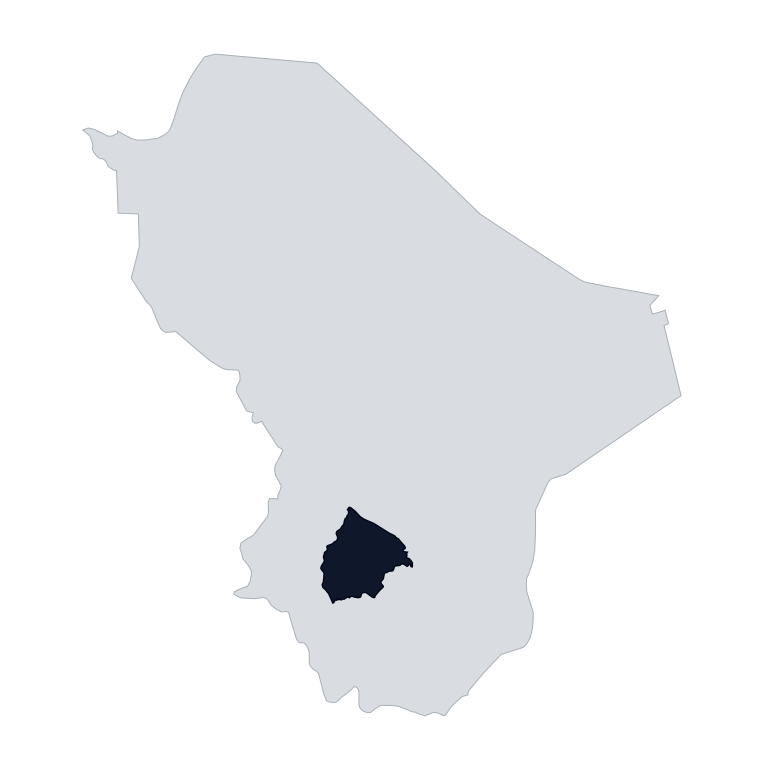 Iraq, with At-Ta'mim highlighted, rotated 179°
{"feature_id": "IRQ-3049", "entity_name": "At-Ta'mim", "entity_type": "Province", "adm_level": 1, "iso_a3": "IRQ", "parent_name": "Iraq", "parent_adm1": "", "projection": "equal_earth", "projection_center": [44.125, 35.305], "detail": "fine", "context": "in_parent", "style": "filled", "palette": "ink", "viewbox_px": 768, "rotation_deg": 179, "n_neighbors": 0, "source": "natural_earth", "source_scale": "10m", "svg_char_len": 6137}
<svg xmlns="http://www.w3.org/2000/svg" viewBox="0 0 768 768"><g transform="rotate(179 384 384)"><path d="M305.5,71.7L311.2,70.2L321.9,60.8L328.2,52.0L330.2,51.2L335.7,54.1L339.7,54.9L348.9,51.6L354.4,53.3L359.0,55.5L361.5,55.7L373.9,61.1L376.9,61.8L383.3,62.5L392.8,62.8L398.9,59.2L403.2,55.8L406.3,55.8L409.2,56.7L411.7,58.1L413.8,60.7L414.7,64.4L414.4,76.2L415.3,79.3L417.0,81.5L419.1,81.9L421.7,79.4L426.2,75.6L431.7,71.6L435.9,67.9L438.2,66.5L442.0,66.7L445.6,67.3L447.6,69.1L447.6,69.7L449.6,75.2L454.6,95.9L457.3,98.5L460.5,100.7L462.8,103.8L463.7,106.9L463.4,111.7L463.5,117.3L464.9,121.6L466.7,124.8L468.4,126.5L470.9,126.6L474.0,127.4L476.0,130.6L482.7,154.3L483.3,157.4L486.1,158.4L490.6,157.9L495.2,160.4L500.2,164.2L504.9,171.5L508.1,172.6L517.9,171.6L531.4,172.7L537.7,176.5L537.1,178.8L532.2,181.3L523.7,184.4L521.2,189.5L519.9,196.1L520.1,199.8L522.3,204.0L528.4,212.1L528.8,215.1L529.9,219.2L531.0,222.0L529.8,227.5L524.3,231.2L517.1,235.3L502.8,253.5L501.7,257.5L501.9,268.3L500.4,271.4L495.8,271.3L492.2,270.8L492.1,274.5L489.8,279.6L488.5,284.0L493.9,294.4L494.9,299.9L494.1,304.9L489.2,313.5L486.3,319.4L487.0,320.7L490.9,323.0L503.0,342.1L507.0,348.8L512.0,347.0L513.9,347.1L515.5,348.2L516.4,350.5L516.4,353.3L515.1,357.6L521.7,359.4L524.0,363.7L531.7,378.7L531.5,383.1L527.9,390.1L527.9,394.8L528.7,399.0L529.9,400.5L541.1,401.1L545.9,402.8L557.6,410.4L571.0,422.1L581.9,431.8L591.3,440.0L601.2,439.4L603.9,440.9L606.5,443.4L609.4,450.2L615.3,465.4L620.1,470.5L627.8,482.7L634.9,494.2L630.5,509.8L626.2,526.1L626.5,547.1L626.6,558.4L636.2,558.9L646.8,559.4L647.1,572.9L647.4,586.5L647.7,602.1L650.8,602.7L655.8,606.1L658.0,611.1L660.7,613.9L664.0,614.3L667.2,616.8L670.4,621.3L671.6,624.7L670.8,627.0L671.5,631.1L673.8,637.0L676.6,639.8L680.8,643.2L675.2,645.1L669.0,643.6L655.9,636.7L651.7,636.6L646.2,639.2L646.0,641.5L632.1,633.8L627.1,632.3L625.3,632.1L617.4,632.2L606.2,633.6L599.6,636.7L595.1,640.0L593.0,643.2L592.3,645.0L588.8,654.6L584.8,666.8L580.6,677.9L572.3,693.5L567.7,700.7L557.9,714.1L547.1,716.8L522.1,714.1L494.3,711.2L466.7,708.3L446.2,706.1L444.6,705.4L424.3,686.3L408.3,671.2L388.3,652.4L367.9,633.2L347.3,613.8L332.3,599.7L314.2,581.6L297.8,565.1L284.8,552.1L268.2,540.7L255.2,531.8L236.3,518.9L221.2,508.6L208.2,499.8L188.4,486.2L181.8,482.5L161.1,478.0L141.5,474.2L121.3,470.2L107.8,467.5L116.9,457.9L114.3,449.3L107.7,450.9L101.7,452.9L98.4,439.5L103.0,437.8L99.1,420.3L95.0,402.3L91.2,385.0L87.2,367.2L104.5,355.9L117.4,347.4L135.5,335.5L152.8,324.1L169.3,313.3L187.5,301.3L203.7,290.6L218.5,286.3L221.7,282.9L228.6,268.3L234.5,255.9L234.8,253.0L235.0,235.4L236.2,214.8L238.3,203.7L241.7,194.0L244.8,186.9L245.2,180.3L244.8,173.6L241.8,163.4L238.7,152.8L239.2,142.6L239.9,137.2L242.0,128.5L245.5,122.1L249.3,118.2L263.2,114.1L271.4,111.7L282.5,100.5L289.1,93.8L298.2,83.3L304.9,75.5L305.5,72.8L305.5,71.7Z" fill="#d9dde1" stroke="#a8b0b8" stroke-width="1"/><path d="M439.7,167.6L443.0,175.4L444.5,177.2L445.9,179.2L448.7,181.8L449.1,183.4L449.2,184.7L448.2,186.6L448.0,187.5L447.8,189.5L447.6,190.4L447.4,193.2L447.2,195.5L447.4,196.3L447.8,197.1L449.0,198.6L450.2,200.3L450.3,201.2L450.0,202.3L449.4,203.7L447.2,206.9L446.7,208.4L446.9,209.6L447.3,210.9L447.5,212.1L447.3,213.3L446.6,215.0L446.5,216.1L446.3,216.5L446.1,216.9L445.7,217.0L445.1,217.4L444.4,217.9L443.8,218.9L443.5,219.6L443.5,220.3L443.6,220.9L444.0,222.0L443.9,222.6L443.2,223.3L438.6,224.9L435.9,227.3L435.2,227.4L434.8,227.6L434.4,227.9L433.8,228.6L433.3,229.5L433.0,230.9L433.1,232.0L434.3,235.1L434.2,236.3L433.7,237.3L432.0,238.6L431.1,239.1L430.4,239.6L429.9,240.1L428.6,242.2L427.3,243.6L426.4,245.1L426.3,245.8L426.3,246.0L426.3,246.3L426.3,246.6L426.1,247.0L425.9,247.6L425.8,247.8L425.9,248.2L425.8,248.5L425.5,248.9L425.5,249.1L425.4,249.3L425.4,249.6L425.1,249.9L424.5,250.3L423.5,251.8L423.3,252.5L423.1,253.0L422.8,253.5L422.0,254.2L421.8,254.5L421.8,254.8L421.8,255.6L421.7,256.0L421.5,256.9L421.6,257.2L421.8,257.7L421.8,257.9L421.7,258.3L421.7,258.5L421.9,258.6L422.1,258.7L422.7,258.8L422.7,259.0L422.5,259.4L421.1,261.2L420.2,261.2L419.6,261.0L415.0,257.2L410.1,251.7L406.4,249.2L401.3,246.8L397.2,245.0L393.2,242.5L381.3,234.7L376.7,232.4L375.3,231.4L374.8,230.4L373.7,229.6L372.1,228.8L371.3,227.5L367.4,222.9L367.0,222.5L366.4,221.7L365.8,220.7L365.6,220.0L365.9,219.1L366.5,218.7L367.2,218.5L367.7,218.1L367.9,216.6L366.7,215.9L363.6,215.4L364.0,214.8L364.2,214.4L364.4,213.2L364.3,212.9L364.1,212.6L364.0,212.3L364.2,211.8L364.4,211.6L364.6,211.6L364.8,211.5L364.8,211.3L364.5,210.3L363.6,209.6L362.0,208.9L361.3,208.3L359.8,206.4L359.5,205.8L359.4,205.6L359.1,205.4L358.8,205.0L358.7,204.3L358.8,203.5L358.9,203.0L359.0,202.6L358.7,201.8L359.1,200.6L360.0,201.0L360.4,201.4L360.4,201.7L360.5,201.9L360.7,202.4L360.8,202.7L360.8,203.1L361.1,203.6L361.5,203.8L362.0,203.7L363.0,202.0L364.1,201.3L366.8,203.2L367.4,203.5L368.6,203.8L369.2,203.9L369.8,203.7L371.0,202.6L372.0,202.3L374.5,202.1L375.7,201.9L376.6,201.4L377.1,200.4L377.8,198.1L378.4,197.3L379.2,196.9L380.6,196.9L382.5,196.7L384.5,195.5L385.7,195.4L386.4,195.1L387.0,194.2L387.6,191.9L387.9,189.9L388.3,189.0L389.3,187.8L390.0,187.0L390.5,186.3L390.6,185.4L390.3,184.7L390.0,184.0L388.7,182.4L388.3,182.0L388.2,181.5L388.6,180.8L392.2,177.5L396.5,172.5L397.1,170.7L398.1,170.6L399.4,171.1L405.7,175.9L407.9,175.8L409.2,175.6L409.7,175.2L410.3,174.1L411.1,171.5L412.5,171.0L413.5,170.8L416.8,171.4L418.1,171.7L419.2,172.3L419.5,172.4L420.0,172.4L420.6,172.2L421.5,171.7L421.8,171.4L422.1,170.9L422.3,170.9L423.0,171.3L423.4,171.4L424.3,171.6L424.6,171.7L424.8,171.7L425.0,171.7L425.3,171.0L425.5,170.9L426.6,170.3L426.9,170.1L427.2,169.9L427.5,169.6L427.9,169.6L428.7,169.7L429.2,169.7L430.5,168.9L431.8,169.3L431.9,169.5L432.1,169.7L432.4,169.6L432.9,169.3L433.2,169.2L433.7,169.4L433.9,169.6L434.3,170.2L434.5,170.4L434.8,170.3L434.9,170.0L434.8,169.7L434.7,169.2L434.7,168.9L435.0,168.8L435.2,168.7L435.8,169.1L436.1,169.2L436.4,168.9L436.6,168.5L436.9,168.1L437.4,167.6L437.7,167.3L437.9,166.7L438.0,166.4L438.3,166.2L439.0,165.9L439.3,166.2L439.3,166.9L439.7,167.6Z" fill="#0f172a" stroke="#020617" stroke-width="1.5"/></g></svg>